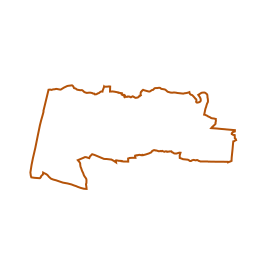 Bang Sao Thong, Samut Prakan, Thailand (Robinson projection), rotated 259°
{"feature_id": "78962969B16455268499709", "entity_name": "Bang Sao Thong", "entity_type": "district", "adm_level": 2, "iso_a3": "THA", "parent_name": "Thailand", "parent_adm1": "Samut Prakan", "projection": "robinson", "projection_center": [100.804, 13.633], "detail": "fine", "context": "isolated", "style": "outline", "palette": "amber", "viewbox_px": 256, "rotation_deg": 259, "n_neighbors": 0, "source": "geoboundaries", "source_scale": "gbopen_adm2", "svg_char_len": 5663}
<svg xmlns="http://www.w3.org/2000/svg" viewBox="0 0 256 256"><g transform="rotate(259 128 128)"><path d="M180.7,57.3L160.8,48.2L160.1,48.2L156.6,46.5L152.1,44.2L147.6,42.1L137.3,37.8L126.1,33.2L116.5,28.9L110.2,26.3L103.0,23.7L99.7,23.5L98.0,23.7L97.0,26.5L95.6,31.6L95.6,32.0L96.3,33.0L96.6,33.0L97.5,33.8L98.6,35.6L100.4,36.2L100.1,36.5L98.4,38.8L97.9,39.3L97.4,39.8L96.5,40.4L95.4,40.9L95.0,41.2L93.0,42.7L92.7,43.1L92.4,43.6L91.6,44.9L90.4,47.4L88.9,50.0L87.7,52.1L86.8,53.7L85.1,58.1L83.4,61.7L82.9,62.5L82.0,63.9L80.7,66.2L79.9,67.3L78.2,70.2L76.8,73.1L76.1,75.7L77.7,75.9L80.6,76.0L81.0,76.1L81.6,76.5L82.0,76.7L84.8,77.3L86.1,77.3L87.1,76.9L88.6,76.2L89.7,75.8L90.5,75.6L92.2,75.4L94.8,74.7L97.8,74.3L99.0,74.0L101.3,74.1L102.3,74.3L102.9,74.2L103.5,74.0L106.0,72.6L106.3,74.0L107.3,78.9L107.6,79.9L107.6,80.3L107.4,81.2L105.8,84.2L107.4,85.3L109.1,87.8L108.1,89.7L107.8,90.2L102.2,98.6L102.1,99.0L101.7,100.9L100.3,105.3L100.2,105.7L98.5,107.7L96.5,109.7L98.4,109.8L98.5,110.0L98.4,110.2L98.4,110.6L97.6,112.6L96.9,115.4L96.6,115.3L95.9,117.4L95.0,121.8L98.0,122.3L98.0,123.0L98.3,123.6L98.0,126.1L97.3,129.6L98.1,129.6L99.0,129.5L99.5,129.7L99.5,129.9L99.6,130.5L99.4,131.6L99.6,131.8L99.4,132.3L99.5,132.6L99.5,133.1L99.5,134.1L99.1,135.1L98.7,135.8L98.8,136.2L99.0,136.9L98.9,137.1L98.4,137.4L98.5,138.0L98.6,140.1L99.0,143.3L99.1,143.9L99.7,146.2L100.7,147.2L100.9,147.6L101.1,148.5L101.3,148.8L101.1,149.3L101.2,150.0L100.5,151.1L100.5,151.6L99.5,153.4L99.3,153.7L99.3,154.3L99.1,155.0L99.2,155.8L98.8,156.4L98.8,156.5L99.0,157.1L99.0,157.3L98.4,158.0L97.8,159.1L97.7,159.3L97.9,160.1L97.9,160.6L97.8,161.0L97.7,161.3L97.2,161.7L97.1,161.9L97.3,162.7L97.1,163.1L97.0,163.4L97.0,163.7L97.1,164.3L96.9,165.0L96.9,165.7L96.9,166.0L96.6,166.3L95.8,166.6L95.3,167.4L94.4,168.3L94.2,168.6L93.9,169.5L93.8,170.1L93.7,170.7L94.0,173.7L93.9,174.2L93.7,174.8L92.2,174.0L91.5,173.6L90.7,173.4L88.7,173.1L88.3,173.9L87.8,174.6L87.3,175.5L87.0,175.9L86.9,176.0L85.5,180.6L85.1,181.3L84.8,181.6L84.0,182.2L83.7,182.8L83.7,183.1L83.6,183.6L84.0,184.5L84.2,186.0L84.1,186.5L83.4,188.1L83.3,188.4L83.4,189.3L83.4,189.7L83.2,190.1L83.1,190.3L82.3,191.0L81.9,191.8L81.7,192.1L81.5,192.5L81.3,192.7L80.8,195.5L79.9,199.9L79.6,200.7L79.4,201.8L77.7,209.9L77.3,212.2L75.8,219.3L75.7,219.6L75.2,219.6L75.3,220.2L75.4,220.7L75.5,221.2L75.6,222.0L75.7,222.6L76.0,223.4L76.3,223.4L79.4,224.2L87.3,226.6L93.2,228.3L94.8,228.8L94.8,229.7L95.4,231.1L95.5,231.8L96.4,231.7L97.0,231.5L97.6,230.9L100.7,231.4L100.8,231.2L101.1,230.0L101.9,229.2L102.2,228.7L102.4,228.7L102.6,228.7L102.8,228.8L103.0,228.9L104.0,230.0L104.2,232.2L105.5,232.5L107.9,224.1L108.4,222.5L109.0,220.3L110.6,214.9L112.0,209.7L112.6,210.4L114.9,214.1L115.4,214.7L115.6,214.8L116.1,214.8L116.3,214.8L117.3,215.3L118.5,215.7L119.8,215.8L120.1,215.9L120.9,214.2L121.4,212.6L121.9,211.5L122.6,210.9L123.3,210.0L124.1,208.8L124.8,208.2L125.5,207.2L126.3,206.1L126.6,205.3L127.7,205.8L132.2,207.7L134.0,208.8L135.3,209.4L136.9,210.3L138.0,211.2L139.0,211.6L140.4,211.8L141.2,211.9L143.2,211.9L144.2,212.1L145.7,212.1L146.3,211.8L147.6,210.7L148.0,210.2L148.2,209.8L148.3,209.5L148.5,207.8L148.5,207.0L148.5,206.8L147.1,203.3L146.3,203.7L144.9,204.3L143.2,204.8L142.0,204.8L140.9,204.6L140.4,204.2L140.1,203.8L140.0,203.5L139.8,203.1L139.7,201.8L139.7,201.3L139.7,200.8L139.8,200.5L140.0,200.2L140.5,199.9L140.9,199.9L141.6,200.3L142.4,200.5L142.7,200.5L143.2,200.4L143.6,200.1L144.0,199.6L144.7,199.4L147.5,197.7L148.2,197.1L148.6,196.2L149.0,195.8L149.3,195.5L149.5,195.4L150.5,195.1L151.5,195.1L151.3,194.1L151.2,192.8L151.2,191.4L151.3,190.1L151.2,189.0L151.3,188.5L153.0,183.0L153.5,181.9L154.1,179.9L154.2,178.3L154.6,176.7L154.9,176.1L156.0,173.9L156.2,173.7L158.2,172.2L158.8,171.5L159.2,170.5L159.5,169.7L160.0,168.3L160.2,168.0L161.0,167.4L161.3,167.0L161.5,166.4L161.6,165.6L161.6,164.8L161.6,164.3L161.9,163.0L161.9,161.7L161.7,161.3L161.0,160.4L160.7,160.0L160.7,159.6L160.6,158.5L159.9,157.0L159.7,156.3L159.7,156.0L159.8,155.5L160.1,154.8L162.0,151.0L162.6,150.1L162.3,149.5L162.0,149.1L161.8,148.7L161.3,148.4L161.1,147.8L160.4,147.3L159.9,147.1L159.1,146.9L158.1,146.8L157.7,146.9L157.5,146.4L157.5,145.7L157.4,145.7L156.9,145.4L156.8,144.6L156.3,143.9L156.1,143.5L156.1,143.1L156.1,142.1L156.1,141.4L156.3,140.9L156.6,140.5L157.1,140.1L157.5,139.4L157.9,139.1L158.2,138.7L158.2,138.4L157.9,137.6L157.6,136.9L157.6,136.7L157.7,136.3L157.9,136.1L158.5,135.6L158.6,134.7L159.0,134.1L159.0,133.8L158.7,133.2L158.7,132.9L159.2,131.7L159.2,131.4L158.8,130.7L159.3,130.3L159.7,130.3L159.8,130.4L160.1,131.0L160.4,131.2L160.7,131.1L161.1,130.7L161.4,130.3L161.4,129.8L161.3,129.0L161.5,128.7L161.9,128.7L162.1,128.7L162.3,128.2L163.3,128.6L164.1,126.4L164.4,125.2L164.5,125.1L164.8,125.2L166.2,121.7L166.9,119.6L166.9,118.9L167.1,117.9L167.2,117.3L172.1,118.4L172.5,117.1L172.4,116.6L173.0,112.8L173.4,112.5L172.5,112.1L169.6,110.3L168.6,109.9L168.9,108.9L168.9,108.4L168.7,107.7L167.9,106.2L167.8,105.9L167.7,104.7L167.3,103.9L167.2,103.5L167.2,103.0L167.2,102.6L167.3,102.1L167.4,101.7L167.6,101.6L167.9,101.6L168.2,101.4L168.4,100.6L168.5,100.3L168.7,100.0L169.1,99.6L169.8,98.0L170.1,96.8L170.3,94.3L170.8,93.3L171.2,92.6L171.8,91.8L172.6,91.3L173.1,90.9L173.6,90.5L173.8,90.3L174.0,89.8L174.2,88.4L174.5,87.5L175.1,86.0L175.3,85.4L176.3,84.5L176.8,84.0L176.9,83.8L177.4,82.7L177.5,82.6L178.6,82.4L179.4,82.1L179.8,81.9L180.3,81.5L180.6,81.1L180.6,80.6L180.8,77.6L180.8,76.4L179.9,72.9L179.4,71.6L178.8,70.0L178.6,69.5L178.6,69.1L178.6,68.9L178.7,68.6L179.9,65.6L180.1,64.9L180.1,64.5L180.0,63.6L180.2,61.9L180.0,60.2L180.6,58.8L180.7,57.3Z" fill="none" stroke="#b45309" stroke-width="2"/></g></svg>